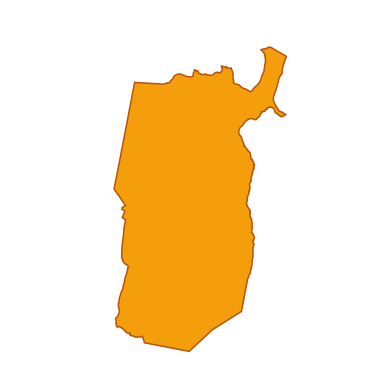 the district of Turkana North, Rift Valley, Kenya, rotated 191°
{"feature_id": "3690345B58335120983870", "entity_name": "Turkana North", "entity_type": "district", "adm_level": 2, "iso_a3": "KEN", "parent_name": "Kenya", "parent_adm1": "Rift Valley", "projection": "robinson", "projection_center": [35.285, 4.376], "detail": "fine", "context": "isolated", "style": "filled", "palette": "amber", "viewbox_px": 384, "rotation_deg": 191, "n_neighbors": 0, "source": "geoboundaries", "source_scale": "gbopen_adm2", "svg_char_len": 6088}
<svg xmlns="http://www.w3.org/2000/svg" viewBox="0 0 384 384"><g transform="rotate(191 192 192)"><path d="M187.2,321.0L186.4,319.3L185.8,318.8L185.6,316.8L186.6,315.5L186.7,314.8L187.4,314.1L188.1,314.1L189.3,314.6L189.5,314.6L190.2,314.1L191.2,314.1L192.1,313.5L192.3,313.0L193.0,312.3L193.7,310.9L195.7,310.1L197.6,310.1L199.4,309.8L201.6,310.4L201.6,310.0L201.8,309.8L202.3,309.7L202.9,309.4L203.9,309.5L204.8,309.1L205.2,309.5L206.3,309.4L206.9,309.9L207.3,309.9L208.0,309.7L208.4,309.7L209.1,311.6L209.5,312.0L209.9,312.1L210.6,311.7L211.3,311.6L212.0,312.1L212.6,312.7L212.8,312.6L212.9,310.0L213.4,309.1L213.1,305.8L215.9,304.5L219.0,304.5L221.4,304.7L224.9,305.5L227.1,305.4L229.0,304.7L230.5,303.6L231.5,302.5L232.4,300.5L232.5,299.3L232.9,298.6L233.5,298.0L233.6,297.7L234.0,297.5L234.4,295.5L235.3,294.9L237.1,294.5L237.8,293.7L238.5,293.7L239.7,292.6L269.2,288.6L269.0,206.7L269.1,180.0L262.2,173.5L254.8,166.1L257.6,163.4L257.5,161.6L254.7,160.9L254.4,160.4L254.4,159.3L255.4,154.4L255.7,153.8L252.0,151.9L251.9,151.6L251.9,143.7L251.1,137.1L250.4,126.3L249.5,119.7L248.5,114.5L247.1,111.8L245.5,109.7L243.7,108.5L241.4,107.8L240.4,107.0L240.6,99.3L241.3,95.1L241.2,90.3L241.5,87.5L241.5,85.6L241.7,83.6L242.5,79.2L242.7,77.2L242.8,75.4L243.1,74.4L243.1,73.2L242.6,70.5L243.0,69.0L243.0,68.1L242.5,66.7L242.3,65.0L241.0,62.7L240.4,60.4L241.3,55.5L242.6,53.9L242.8,52.7L241.8,51.0L241.7,48.5L241.5,48.1L240.7,47.2L240.6,46.0L240.4,45.6L240.0,45.3L239.2,45.2L237.7,46.0L236.3,45.5L235.7,45.5L234.9,44.9L234.0,44.9L233.5,44.6L232.9,43.8L232.2,43.4L230.8,43.2L230.6,43.0L230.6,42.2L229.4,41.4L227.9,41.1L227.1,41.4L226.7,41.3L225.7,41.6L225.5,41.3L225.8,40.7L225.9,40.3L225.4,39.7L224.7,39.4L223.9,39.3L223.1,39.5L222.1,39.2L221.3,39.2L220.2,38.8L219.7,38.8L218.8,39.1L218.2,38.9L216.6,39.7L214.9,39.8L214.1,40.7L213.6,40.9L213.3,40.9L213.0,40.6L212.0,38.5L210.9,37.2L210.4,35.8L209.8,34.9L164.4,35.0L145.6,60.8L120.7,84.2L120.8,117.3L120.2,119.4L120.4,120.9L119.3,123.4L119.6,125.8L119.2,127.5L119.2,129.7L119.3,131.9L119.9,136.4L119.8,139.5L120.0,141.5L120.9,144.4L120.8,145.8L121.4,147.0L121.3,148.6L121.4,150.2L121.0,152.0L121.5,153.3L122.6,153.9L122.7,154.4L122.6,154.9L122.8,155.3L122.8,156.1L122.3,156.1L122.2,156.2L122.3,157.6L122.0,158.6L122.0,159.4L123.7,161.8L123.9,162.4L124.3,162.7L124.5,163.0L125.0,163.1L125.3,163.5L125.7,163.7L125.6,164.2L125.9,164.7L126.1,166.1L125.8,167.3L126.1,168.8L126.7,169.8L126.6,171.4L127.0,173.0L127.5,173.7L127.7,174.8L128.3,175.8L128.3,176.2L128.5,176.8L128.8,177.0L128.8,177.4L129.3,177.6L129.8,178.5L130.1,178.4L130.8,180.1L130.5,181.5L130.7,182.3L131.0,182.3L131.0,182.8L131.4,183.2L131.4,183.4L131.1,183.8L131.2,184.0L131.2,184.5L131.7,184.7L131.6,185.0L132.0,185.3L132.8,186.4L133.3,186.8L133.9,187.7L134.3,187.7L134.5,188.0L135.3,189.5L135.7,189.4L136.4,191.4L136.4,192.1L136.2,192.5L136.1,194.1L136.4,194.7L136.3,196.1L136.6,196.5L136.6,197.5L136.4,198.3L136.5,198.7L136.3,200.0L135.9,200.6L135.9,201.6L136.2,202.7L135.9,203.3L136.3,204.3L135.8,205.3L136.0,205.5L135.8,206.1L136.2,207.7L136.3,207.8L136.1,208.5L136.3,209.0L136.8,209.3L137.0,211.0L136.8,212.2L136.5,212.4L136.2,213.2L136.4,213.8L136.4,214.0L136.1,214.1L136.3,214.7L136.1,215.1L136.3,215.3L136.9,216.5L136.3,217.9L136.7,218.8L136.3,220.0L136.6,220.6L136.4,220.8L136.2,223.1L136.5,223.3L136.1,224.5L136.0,225.1L136.2,225.4L136.0,225.9L136.3,226.1L136.3,226.4L136.2,226.9L135.6,227.0L135.5,227.3L135.9,227.7L135.9,228.3L136.2,228.5L136.0,229.1L136.2,229.4L135.9,229.7L136.1,230.0L135.9,230.4L136.2,230.4L136.2,230.8L136.4,230.9L136.6,230.4L136.8,230.5L136.8,231.1L136.5,231.2L136.4,231.4L136.9,231.7L136.9,232.1L137.1,232.2L137.1,232.7L137.6,233.7L138.1,233.7L138.6,234.0L138.5,234.5L139.2,235.5L139.3,235.6L139.6,235.5L140.0,235.5L140.6,236.7L141.1,236.9L141.1,237.8L141.3,239.0L141.9,239.7L142.0,240.4L142.6,241.7L143.1,242.2L143.6,242.3L143.8,242.5L144.3,242.4L144.5,242.8L144.5,243.1L144.7,243.3L145.4,243.6L145.9,244.3L148.0,246.0L148.4,246.8L148.9,246.9L149.5,247.4L150.0,247.4L149.8,248.0L150.2,249.0L150.5,249.5L151.2,250.2L151.6,251.1L152.2,251.6L152.4,252.4L152.8,252.8L153.2,252.9L153.2,253.6L154.0,255.4L156.8,257.8L157.3,258.8L157.6,260.1L157.5,260.8L157.7,261.5L157.6,262.7L156.8,265.0L155.5,266.4L154.5,268.1L154.2,269.1L152.9,271.6L150.8,273.9L149.9,274.5L148.3,275.2L147.1,275.5L146.4,275.5L144.3,274.9L143.1,275.3L142.6,275.7L141.1,278.2L139.9,279.4L139.6,281.9L138.9,283.0L139.1,283.9L139.1,284.3L138.5,284.4L137.8,284.2L137.5,284.6L136.7,284.7L135.8,285.5L135.6,285.8L135.7,286.4L135.6,286.7L135.1,287.3L134.3,287.5L134.1,287.8L133.9,287.9L133.9,289.1L133.2,289.7L132.8,289.6L132.3,290.1L131.2,290.0L130.1,290.5L129.6,290.5L127.7,289.4L126.7,288.1L125.8,286.4L125.1,285.6L123.9,285.2L123.2,285.2L121.6,284.0L120.6,283.8L119.6,283.1L119.1,283.1L117.8,283.3L115.6,285.0L114.8,286.1L116.3,286.2L117.8,287.4L118.6,287.4L119.6,287.8L121.2,287.9L122.7,288.8L124.2,290.8L125.3,291.4L125.8,292.3L126.6,292.9L127.2,293.9L127.7,294.4L128.2,295.6L129.2,296.4L129.6,298.1L130.1,299.6L130.0,300.8L130.2,301.5L129.8,303.0L128.7,311.4L128.2,320.3L128.0,321.5L127.3,323.2L126.1,325.3L126.4,326.0L126.8,331.5L126.1,337.5L125.3,342.6L125.3,343.1L128.6,344.4L130.5,344.8L132.1,345.8L133.6,345.8L134.7,346.4L142.3,349.1L143.2,348.9L144.6,348.7L145.2,348.0L145.9,347.7L146.3,347.1L147.1,346.5L147.4,346.3L148.4,346.3L149.1,345.9L150.0,345.8L150.5,345.3L151.4,344.6L149.9,344.0L149.0,343.0L147.8,342.2L146.6,340.2L146.2,339.3L145.9,337.7L145.1,336.1L144.7,332.9L144.7,327.7L144.4,325.1L144.6,322.8L145.0,321.7L145.1,320.8L145.6,319.2L145.8,316.3L146.3,314.0L146.9,312.1L148.7,308.8L149.6,308.0L150.9,306.0L151.8,304.5L152.2,303.0L153.3,301.6L157.2,302.7L158.1,303.2L162.3,303.8L163.5,304.4L166.1,306.1L167.3,306.3L169.8,306.3L171.0,306.7L171.8,306.6L172.3,307.6L172.4,309.7L173.2,310.9L173.7,312.3L174.3,316.3L176.3,319.7L176.9,320.4L177.3,321.2L178.4,320.8L179.4,320.7L180.8,320.3L181.3,320.5L181.7,321.5L182.0,321.6L182.2,321.0L182.6,320.9L183.5,320.9L183.8,321.1L185.2,321.1L186.0,321.5L187.2,321.0Z" fill="#f59e0b" stroke="#b45309" stroke-width="1.5"/></g></svg>